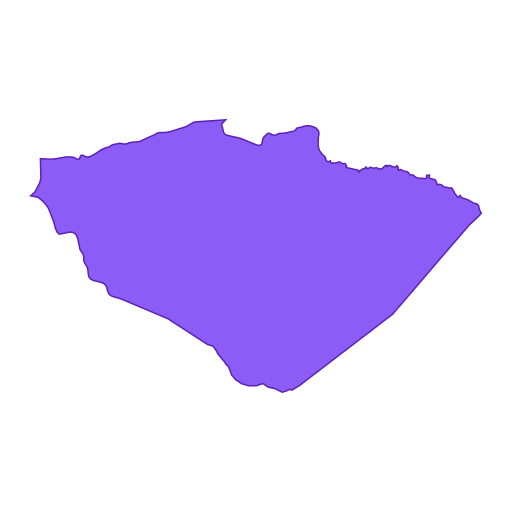 outline of Pastaza
{"feature_id": "ECU-1288", "entity_name": "Pastaza", "entity_type": "Province", "adm_level": 1, "iso_a3": "ECU", "parent_name": "Ecuador", "parent_adm1": "", "projection": "orthographic", "projection_center": [-76.647, -1.794], "detail": "fine", "context": "isolated", "style": "filled", "palette": "violet", "viewbox_px": 512, "rotation_deg": 0, "n_neighbors": 0, "source": "natural_earth", "source_scale": "10m", "svg_char_len": 4164}
<svg xmlns="http://www.w3.org/2000/svg" viewBox="0 0 512 512"><path d="M481.3,213.1L478.5,216.4L469.0,225.3L462.0,233.4L453.3,243.5L444.6,253.6L435.9,263.7L427.2,273.9L418.6,284.0L409.9,294.1L401.2,304.2L392.5,314.3L382.1,322.2L371.8,330.2L361.4,338.1L351.0,346.1L340.6,354.0L330.3,361.9L319.9,369.9L309.5,377.8L299.7,385.4L292.0,390.1L291.8,390.0L289.4,389.5L286.0,391.1L282.2,392.2L274.9,388.6L269.0,387.4L266.7,386.3L263.9,384.0L261.9,383.8L256.6,385.7L248.8,385.8L241.7,383.7L235.8,379.9L231.6,374.9L229.5,369.0L229.1,368.3L228.6,366.7L227.3,365.5L226.1,364.5L224.6,362.0L218.5,354.7L215.3,349.1L213.2,346.4L210.7,345.3L207.7,344.6L167.8,318.7L120.0,298.5L113.9,296.9L111.1,295.8L108.8,293.8L107.6,291.1L106.9,288.2L105.9,285.5L103.7,283.4L100.5,282.2L93.4,280.5L90.4,278.9L88.9,276.8L88.3,274.3L87.8,269.1L86.9,266.7L84.3,262.3L83.8,260.0L83.7,256.2L83.2,254.5L80.0,249.5L77.7,238.1L75.7,234.2L73.0,232.4L69.7,232.1L61.8,233.7L59.2,234.2L57.1,232.1L55.3,228.1L53.9,222.3L48.6,208.6L47.1,206.1L44.9,203.4L42.4,200.8L38.2,197.4L30.7,195.8L35.0,191.9L39.6,183.0L40.4,180.3L40.9,177.6L40.4,158.6L49.3,159.2L54.2,159.0L66.5,156.9L70.8,157.0L73.4,157.3L75.3,158.2L76.8,159.1L78.6,159.3L79.6,158.3L80.6,155.9L81.2,155.3L82.2,155.1L83.7,155.7L85.3,156.6L87.5,157.1L90.0,156.6L94.3,154.4L101.0,149.9L102.8,149.0L106.3,147.6L108.5,147.2L112.0,145.1L113.6,144.4L116.1,144.1L118.3,143.5L120.4,143.3L123.0,143.9L124.8,144.0L126.6,143.9L128.7,142.9L131.1,142.4L139.4,141.6L154.9,134.5L157.1,133.2L158.9,132.6L164.9,132.5L169.7,131.8L186.2,126.6L190.1,124.4L192.0,123.1L193.9,122.2L196.5,121.8L225.6,119.8L222.0,123.7L221.6,124.9L221.9,126.0L222.5,127.4L223.6,132.4L224.8,134.2L226.7,135.2L240.7,138.4L257.5,145.3L260.6,145.2L261.8,143.8L262.3,142.0L262.6,140.0L263.2,138.1L264.2,136.6L267.5,133.6L268.5,133.2L270.1,133.5L272.1,134.7L274.6,135.2L276.1,135.0L278.6,133.6L279.8,133.4L284.1,133.2L287.6,132.6L291.1,131.6L292.7,131.5L294.3,130.9L295.2,130.3L296.6,128.4L297.4,127.9L300.7,127.3L305.0,126.0L307.5,125.7L310.6,126.0L313.6,126.9L315.9,128.0L318.3,130.5L318.9,132.6L318.8,135.1L318.3,137.5L318.1,144.3L318.6,148.0L319.5,150.6L321.0,152.6L321.8,153.8L322.7,154.8L324.2,156.0L325.1,156.9L325.5,157.7L325.6,158.8L325.8,159.8L326.9,161.1L327.8,161.7L329.2,161.5L329.9,161.0L330.4,160.8L330.5,161.3L330.4,162.1L330.5,162.7L331.2,163.2L332.9,162.8L334.6,163.2L336.7,162.8L337.9,162.3L339.0,161.9L339.9,162.0L341.1,162.9L342.2,163.5L343.6,163.6L344.6,163.5L345.3,163.6L345.7,164.3L346.4,165.3L346.7,165.9L346.3,166.6L346.1,167.2L347.0,167.8L349.6,168.2L353.9,169.3L356.6,169.7L358.0,170.2L358.6,170.6L358.7,171.9L359.0,172.1L359.7,171.6L360.1,170.9L360.6,170.3L361.8,169.5L362.2,169.1L362.5,168.9L363.2,168.9L363.9,169.1L364.7,168.5L365.2,167.7L365.8,167.0L366.3,167.1L366.7,167.8L367.1,168.4L367.9,168.7L368.8,168.2L369.7,167.5L370.7,167.3L371.5,167.5L372.9,168.2L376.0,167.8L377.0,167.8L377.8,168.5L378.4,168.9L379.5,168.8L380.2,168.8L381.4,168.9L381.9,168.8L382.6,168.3L383.0,167.7L384.8,166.0L385.5,165.5L385.9,165.4L386.3,165.6L386.5,166.2L386.7,166.5L387.2,166.2L387.4,165.7L388.2,165.5L390.0,165.5L393.1,166.9L394.9,167.1L395.9,166.8L396.4,166.1L396.8,165.8L397.4,166.0L397.9,167.0L398.3,168.0L398.2,169.0L398.3,169.8L398.6,170.4L399.3,170.1L399.8,169.7L400.5,169.5L401.6,169.9L403.4,171.0L405.6,171.3L407.6,171.9L408.9,173.2L409.7,174.3L410.5,175.0L412.8,174.9L413.6,175.4L414.8,176.6L417.1,177.9L419.9,178.3L423.1,178.3L424.8,178.6L425.9,178.4L426.6,178.0L426.7,177.2L426.4,176.3L426.5,175.7L426.9,175.2L428.2,175.2L428.9,175.0L429.5,175.1L429.5,175.9L429.1,176.7L429.2,177.6L430.1,178.4L434.3,179.5L435.5,180.1L436.7,182.9L437.1,184.0L437.0,184.5L437.4,184.8L438.5,184.4L439.6,184.4L440.7,184.6L442.1,185.3L442.8,185.9L443.5,186.7L444.3,187.1L446.8,187.3L449.3,188.0L451.5,187.9L452.3,188.5L452.9,190.0L453.3,190.4L454.6,193.1L456.4,195.4L456.9,196.7L457.5,197.2L458.6,196.8L459.3,196.0L460.0,195.5L460.4,195.7L460.7,196.5L461.2,197.3L462.0,197.9L463.7,198.3L468.9,200.2L469.8,201.3L470.8,201.3L471.9,201.9L473.0,202.9L474.9,203.5L476.3,203.6L477.5,204.3L478.6,205.8L479.4,209.6L481.2,213.0L481.3,213.1Z" fill="#8b5cf6" stroke="#5b21b6" stroke-width="1.5"/></svg>